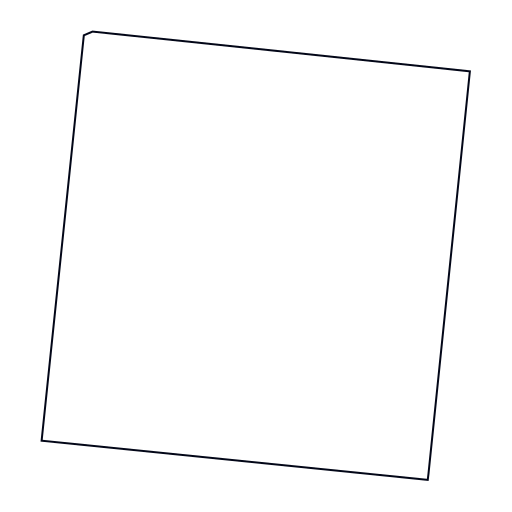 the district of Wheeler, Nebraska, United States of America, rotated 276°
{"feature_id": "52423323B94161938394802", "entity_name": "Wheeler", "entity_type": "district", "adm_level": 2, "iso_a3": "USA", "parent_name": "United States of America", "parent_adm1": "Nebraska", "projection": "natural_earth1", "projection_center": [-98.469, 41.915], "detail": "fine", "context": "isolated", "style": "outline", "palette": "ink", "viewbox_px": 512, "rotation_deg": 276, "n_neighbors": 0, "source": "geoboundaries", "source_scale": "gbopen_adm2", "svg_char_len": 256}
<svg xmlns="http://www.w3.org/2000/svg" viewBox="0 0 512 512"><g transform="rotate(276 256 256)"><path d="M462.1,255.6L462.1,70.0L457.5,61.7L49.9,62.1L51.3,450.2L57.4,450.3L462.0,449.4L462.1,255.6Z" fill="none" stroke="#020617" stroke-width="2"/></g></svg>